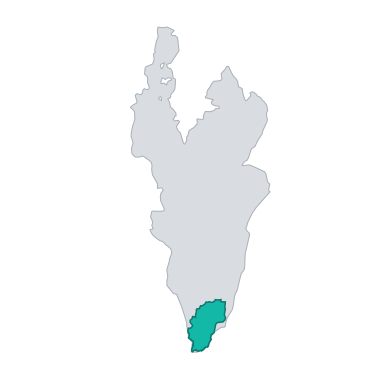 Ak-Suu, Ysyk-Köl, Kyrgyzstan (highlighted), rotated 101°
{"feature_id": "92254566B94070763969745", "entity_name": "Ak-Suu", "entity_type": "district", "adm_level": 2, "iso_a3": "KGZ", "parent_name": "Kyrgyzstan", "parent_adm1": "Ysyk-Köl", "projection": "mercator", "projection_center": [79.882, 42.288], "detail": "fine", "context": "in_parent", "style": "filled", "palette": "teal", "viewbox_px": 384, "rotation_deg": 101, "n_neighbors": 0, "source": "geoboundaries", "source_scale": "gbopen_adm2", "svg_char_len": 7160}
<svg xmlns="http://www.w3.org/2000/svg" viewBox="0 0 384 384"><g transform="rotate(101 192 192)"><path d="M84.1,230.3L85.0,229.7L88.0,229.1L94.0,228.5L96.0,228.9L100.2,231.4L103.3,231.1L103.9,231.4L105.1,233.5L109.4,230.5L112.6,229.6L114.2,226.5L117.6,222.8L120.5,222.2L120.6,222.8L121.1,223.3L124.1,224.2L125.0,223.2L125.4,221.9L124.4,219.8L124.4,218.9L125.3,217.6L130.1,219.6L131.1,219.6L133.3,218.4L135.2,216.4L135.9,214.9L145.6,209.7L146.3,208.8L146.2,208.1L142.1,207.0L140.3,207.6L138.6,207.6L137.6,206.9L132.6,206.6L131.6,206.1L128.3,202.4L124.2,200.0L122.3,200.2L119.9,201.1L119.2,200.7L119.0,197.2L118.5,195.1L117.1,194.6L115.4,195.4L110.4,194.3L109.8,189.9L107.9,186.0L105.3,184.4L105.2,182.1L104.3,181.1L103.5,181.4L102.5,182.6L103.0,185.1L102.6,187.7L102.0,189.0L100.9,190.0L99.6,190.0L97.3,188.7L97.0,196.5L96.5,197.0L93.8,195.9L91.7,196.4L88.5,195.9L86.1,194.6L81.3,193.1L79.1,191.7L77.7,186.5L76.4,184.6L75.2,184.2L70.2,186.0L65.0,182.8L62.5,182.1L61.8,181.2L61.9,180.0L69.8,174.1L72.8,170.0L74.8,168.3L79.7,166.5L80.8,162.8L81.2,162.4L86.2,160.6L91.8,157.3L91.9,156.4L91.4,155.6L86.3,152.6L83.8,154.0L82.3,152.2L82.3,150.5L83.9,147.4L85.4,145.9L86.0,142.9L88.0,140.9L90.1,137.8L92.6,135.2L97.4,133.3L100.0,133.9L102.5,133.5L106.3,131.9L108.6,131.8L118.5,134.2L121.7,134.3L129.4,137.4L135.3,138.9L138.3,141.9L147.8,143.2L150.5,144.1L151.4,145.5L154.1,147.4L156.5,147.8L154.4,140.6L155.3,136.4L158.3,124.7L159.9,123.0L167.7,119.7L169.5,117.2L175.1,117.2L176.3,116.8L176.9,115.4L194.3,125.7L200.8,128.6L209.9,131.2L217.6,132.1L218.9,131.4L222.0,127.5L223.5,127.3L242.6,128.0L256.2,125.9L258.2,126.0L263.3,128.2L279.5,128.9L285.8,130.4L295.9,129.8L300.1,130.1L307.7,133.0L310.4,133.6L315.4,134.0L317.3,133.6L318.4,134.2L319.5,137.8L324.2,142.4L325.9,144.9L327.7,145.9L336.6,146.7L340.0,147.6L348.2,156.2L349.2,161.3L348.4,162.3L339.6,163.0L337.7,163.7L335.5,167.4L323.8,171.9L322.0,171.9L306.3,180.4L295.5,187.6L295.0,191.0L288.6,198.8L283.9,199.7L279.8,199.6L273.2,201.9L264.7,201.1L261.8,201.3L256.2,200.2L253.9,200.8L251.6,202.3L248.3,208.5L246.9,210.0L246.3,211.4L245.8,214.4L244.5,217.6L241.7,222.4L239.3,224.6L237.1,226.0L235.4,223.1L232.5,225.1L229.8,224.7L228.2,225.3L224.4,227.9L218.8,227.8L218.2,226.9L217.1,219.9L216.1,216.5L215.3,215.8L214.4,215.7L206.4,221.2L202.7,222.2L199.6,222.4L195.7,220.7L194.8,221.2L194.1,222.1L193.8,223.2L195.0,226.3L194.6,226.9L192.9,226.9L190.4,227.6L182.7,234.1L177.9,235.8L173.4,236.4L170.7,237.6L169.2,240.0L166.2,246.6L166.4,248.0L167.6,249.8L168.5,253.8L168.3,254.9L165.9,258.2L162.8,259.2L160.4,259.7L155.8,259.2L153.5,259.9L149.1,262.4L145.5,262.9L138.8,262.9L132.1,262.0L129.9,262.3L124.1,263.8L122.1,266.1L121.0,268.3L120.4,268.6L118.1,266.6L115.1,263.2L113.6,263.3L108.3,266.1L107.5,266.0L106.0,264.9L106.2,260.6L104.5,259.7L100.9,259.5L99.7,258.6L100.1,255.8L99.7,254.7L98.7,253.9L96.9,254.1L93.1,256.5L88.7,257.3L87.2,258.0L85.4,261.0L79.6,261.7L77.7,261.0L74.1,255.4L71.1,254.5L68.0,254.7L63.8,256.2L62.7,255.0L61.6,254.7L60.7,255.6L55.5,255.8L50.3,255.7L47.3,255.0L45.3,255.0L41.4,256.6L36.7,256.9L36.2,251.6L34.8,248.1L36.2,242.3L37.0,240.4L40.6,242.6L41.8,242.2L42.1,241.1L41.6,238.4L43.4,235.6L55.8,231.7L69.6,237.4L71.5,241.1L72.7,240.9L74.6,239.2L75.2,236.1L77.8,234.3L83.8,232.2L84.1,230.3ZM91.2,243.2L91.5,242.7L90.4,240.0L91.8,237.4L89.0,237.0L87.6,236.2L86.0,233.6L85.5,233.5L84.6,234.2L84.2,235.9L84.6,237.8L86.6,239.5L85.6,243.1L89.8,243.5L91.2,243.2ZM76.8,245.7L76.7,244.9L75.7,244.6L70.5,243.6L70.7,244.3L72.7,247.0L74.2,247.1L76.8,245.7ZM107.6,241.1L107.9,239.4L104.8,240.4L104.4,241.2L105.5,242.3L106.8,242.7L107.6,241.1Z" fill="#d9dde1" stroke="#a8b0b8" stroke-width="1"/><path d="M326.4,169.5L328.8,169.7L331.3,168.6L331.4,168.4L331.3,168.2L331.5,168.1L331.7,167.9L331.7,167.7L331.9,167.6L332.1,167.6L332.4,167.6L332.6,167.6L333.0,167.5L333.3,167.5L333.4,167.4L333.5,167.5L334.1,167.4L334.3,167.3L334.5,167.4L334.8,167.3L335.0,167.4L335.4,167.5L335.5,167.7L335.8,167.6L335.8,167.4L336.0,167.3L336.1,167.1L336.2,166.9L336.4,166.9L336.4,166.7L336.5,166.6L336.6,166.4L336.7,166.2L336.6,165.9L336.8,165.7L337.0,165.5L337.0,165.3L337.0,165.2L337.0,164.9L337.4,164.8L337.4,164.7L337.5,164.5L337.5,164.4L337.9,164.3L337.9,164.2L338.0,164.1L337.9,164.0L337.9,163.7L337.8,163.4L337.9,163.2L337.9,162.8L338.1,162.7L338.3,162.6L338.5,162.5L338.7,162.4L338.8,162.3L338.8,162.2L339.0,162.2L339.3,162.2L339.5,162.0L339.7,161.9L339.9,161.9L340.0,162.0L340.3,162.1L340.5,161.9L340.9,161.8L341.1,161.9L341.3,162.0L341.4,161.9L341.6,161.8L341.8,161.8L342.0,161.9L342.1,162.0L342.2,161.9L342.2,162.0L342.3,162.0L342.3,161.9L342.5,162.0L342.6,161.9L342.8,161.8L342.9,161.7L343.0,161.7L343.3,161.7L343.5,161.7L343.7,161.8L343.8,161.8L344.0,161.8L344.3,161.8L344.5,161.8L344.7,162.0L344.8,162.0L345.1,162.0L345.3,162.1L345.5,162.1L345.9,162.2L346.1,162.3L346.3,162.3L346.4,162.2L346.5,162.2L346.8,162.1L347.2,162.1L347.4,162.1L347.5,162.1L347.9,162.1L348.0,162.0L348.2,161.9L348.2,161.7L348.3,161.7L348.6,161.3L348.8,161.2L348.7,161.0L348.6,160.9L348.3,160.9L348.2,160.7L347.9,160.4L347.6,160.2L347.3,160.0L347.2,159.9L346.9,159.7L346.7,159.3L346.5,159.1L346.5,158.8L346.5,158.6L346.5,158.4L346.4,158.2L346.2,157.9L346.2,157.7L346.9,157.6L346.9,156.2L347.1,155.6L347.2,155.4L345.6,152.9L345.9,152.7L346.2,152.6L346.3,152.5L346.2,152.4L346.1,152.2L345.9,152.0L345.8,151.9L345.5,151.7L345.4,151.6L345.2,151.4L344.8,151.3L344.7,151.3L344.6,151.2L344.6,150.9L344.6,150.7L344.4,150.4L344.3,150.5L344.2,150.4L343.9,150.4L343.7,150.4L343.4,150.3L343.2,150.4L342.8,150.1L342.6,149.9L342.6,149.7L342.4,149.7L342.2,149.5L342.2,149.3L342.2,149.0L341.9,149.0L341.7,149.0L341.6,148.9L341.6,148.6L341.5,148.4L341.4,148.2L341.4,147.9L341.3,147.7L341.2,147.5L341.2,147.3L341.2,147.1L341.3,147.0L341.3,146.9L341.2,146.7L341.2,146.8L340.9,146.9L340.7,146.8L340.6,146.7L340.3,146.7L340.2,146.7L340.1,146.8L339.9,146.5L339.7,146.6L339.4,146.7L339.2,146.6L338.7,146.6L338.4,146.7L338.1,146.4L337.7,146.5L337.4,146.5L337.2,146.5L337.0,146.4L336.9,146.3L336.7,146.3L336.2,146.3L336.0,146.2L335.7,146.0L335.4,146.1L335.2,146.1L335.0,145.8L335.0,145.7L334.8,145.6L334.7,145.6L334.4,145.4L334.2,145.4L334.0,145.5L333.8,145.5L333.8,145.4L333.6,145.3L333.6,145.2L333.4,145.1L333.2,145.1L332.9,145.0L332.6,145.1L332.4,145.2L332.1,145.5L332.0,145.8L332.0,146.0L331.9,146.1L331.7,146.0L331.4,146.0L331.2,145.9L331.1,146.0L330.9,146.0L330.7,146.0L330.4,145.9L330.1,145.9L329.9,145.9L329.7,145.9L329.5,145.7L329.4,145.9L329.2,145.9L328.9,145.9L328.7,145.9L328.4,145.9L328.1,145.8L328.0,145.7L328.0,145.4L327.9,145.2L327.7,145.0L327.7,144.8L327.6,144.7L327.4,144.7L326.8,144.3L326.0,143.5L324.8,143.5L317.3,143.5L315.3,142.2L313.6,136.8L311.2,135.2L308.8,135.1L307.2,136.5L305.2,136.9L300.5,136.9L298.8,137.9L296.0,138.0L293.5,138.3L294.0,140.7L294.0,143.0L292.1,143.0L292.9,145.3L293.2,148.5L295.5,149.6L296.5,151.2L296.5,154.5L297.4,155.9L297.3,157.2L299.4,157.9L301.7,160.1L302.0,161.9L305.0,162.5L305.7,164.7L306.7,165.3L309.2,164.8L311.1,165.1L314.5,164.7L313.9,167.3L314.2,167.7L316.2,167.7L318.3,169.3L320.4,168.9L322.5,166.4L323.6,165.9L325.9,167.3L326.4,169.5Z" fill="#14b8a6" stroke="#0f766e" stroke-width="1.5"/></g></svg>